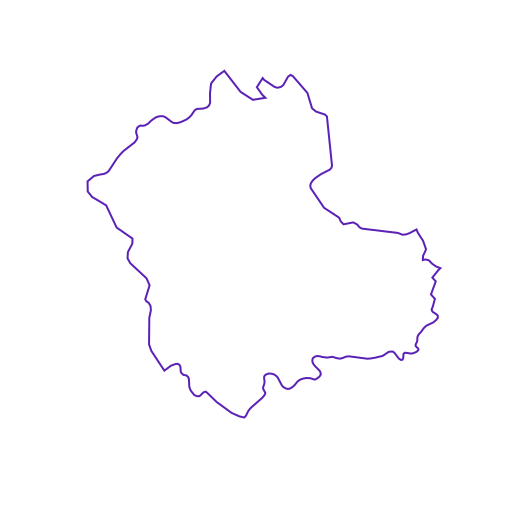 SVG path tracing the border of Marne, rotated 232°
{"feature_id": "FRA-5323", "entity_name": "Marne", "entity_type": "Metropolitan department", "adm_level": 1, "iso_a3": "FRA", "parent_name": "France", "parent_adm1": "", "projection": "mercator", "projection_center": [4.087, 48.967], "detail": "fine", "context": "isolated", "style": "outline", "palette": "violet", "viewbox_px": 512, "rotation_deg": 232, "n_neighbors": 0, "source": "natural_earth", "source_scale": "10m", "svg_char_len": 3286}
<svg xmlns="http://www.w3.org/2000/svg" viewBox="0 0 512 512"><g transform="rotate(232 256 256)"><path d="M421.4,345.0L394.8,344.9L381.0,349.7L374.9,360.8L379.5,360.2L388.5,360.6L392.1,370.8L389.8,370.8L377.6,374.8L375.4,376.5L373.9,379.6L373.9,382.8L377.6,391.7L377.4,394.8L374.8,395.8L352.9,396.9L337.9,391.1L332.9,392.2L325.0,397.4L322.3,397.8L280.2,371.4L279.0,369.5L278.6,367.3L280.5,357.6L280.9,350.7L280.6,347.4L279.5,343.9L277.8,341.9L275.7,340.9L252.1,339.3L235.0,345.1L231.2,344.1L227.1,344.5L222.6,353.3L218.4,355.2L215.0,355.2L212.4,356.3L186.7,382.1L182.6,384.5L180.7,387.4L179.5,391.0L178.1,398.8L174.4,397.8L165.1,397.0L156.8,394.2L155.8,392.8L153.2,387.6L152.2,386.9L151.0,385.6L150.0,385.0L149.5,386.4L149.1,387.1L148.0,388.2L146.8,389.2L145.9,389.6L141.6,390.0L137.0,391.4L132.9,393.8L132.6,390.9L130.4,381.7L125.3,382.0L118.0,370.2L112.1,370.6L107.3,364.2L105.8,361.5L104.3,360.9L103.0,360.9L99.1,362.3L97.1,362.5L95.4,361.3L94.7,358.8L94.5,354.9L96.2,347.4L95.9,344.0L94.5,338.9L94.2,337.0L93.7,334.9L92.6,333.1L90.9,331.8L89.3,330.2L88.3,327.9L87.6,327.0L87.1,326.5L86.1,326.4L83.7,326.8L82.5,326.6L82.2,326.3L81.8,325.4L81.7,323.4L82.5,320.1L84.0,317.7L86.7,315.3L88.2,313.6L88.0,311.9L85.0,309.3L84.1,307.7L84.7,306.3L87.2,305.4L94.4,305.5L96.4,305.0L98.0,303.0L98.8,301.2L99.3,294.3L102.4,287.5L104.7,283.2L106.5,280.5L119.8,267.4L121.4,264.7L122.3,261.4L123.3,259.1L125.7,256.8L129.5,254.2L132.0,249.7L135.5,246.1L137.5,244.7L139.3,242.9L140.4,240.8L140.5,237.9L139.2,236.2L137.4,235.1L135.3,234.7L133.1,234.7L126.2,235.5L124.2,235.0L122.6,233.9L122.1,232.4L121.9,231.3L121.9,229.7L122.0,228.0L122.4,226.2L125.5,224.1L127.1,222.7L129.2,220.0L130.9,216.5L131.5,213.7L131.5,211.3L130.5,206.9L130.3,204.7L130.4,202.8L130.7,200.9L131.6,199.3L132.9,198.2L135.8,196.9L138.0,196.7L147.1,198.3L149.4,198.0L151.6,197.3L153.8,195.7L155.6,193.6L156.5,190.7L156.3,188.9L155.4,187.6L151.9,185.5L150.2,183.9L148.9,181.9L147.7,180.3L145.9,179.6L144.1,179.4L142.3,179.0L141.3,177.6L140.8,175.6L140.4,173.4L139.6,159.5L139.3,157.1L138.6,154.5L136.3,149.7L136.0,147.3L139.8,144.2L147.3,140.2L165.2,135.1L178.4,133.3L180.1,132.8L180.8,131.2L180.8,129.2L180.4,127.0L180.4,125.0L181.8,123.2L184.4,121.8L189.5,121.7L192.2,122.2L194.4,123.2L200.5,127.5L202.6,128.0L204.8,127.6L207.0,125.6L209.5,125.2L211.1,125.4L215.0,128.1L217.2,128.7L219.1,128.0L220.3,126.4L221.2,123.7L221.9,121.5L222.1,113.2L245.7,115.1L252.2,117.3L273.0,133.9L278.0,139.8L281.5,142.1L285.2,142.6L287.9,141.7L290.1,142.1L298.4,154.1L305.8,156.0L327.6,152.5L333.2,153.3L337.9,157.4L341.9,166.2L345.8,169.4L364.2,163.7L388.2,169.1L403.4,163.2L410.4,163.1L418.5,169.2L418.8,177.6L416.3,183.1L414.2,186.9L413.6,189.6L413.6,192.1L418.6,206.8L419.8,212.4L420.3,216.4L420.3,230.4L421.3,233.8L422.6,235.8L427.0,237.5L428.7,239.0L430.3,241.7L430.3,243.8L429.9,245.2L429.6,245.7L429.2,246.0L428.4,246.8L427.4,248.6L426.7,252.2L427.2,256.9L427.1,260.2L426.8,262.9L426.0,265.0L424.9,266.9L423.6,268.5L422.5,269.4L420.7,270.2L413.5,272.1L411.4,273.1L409.4,275.5L407.9,278.9L406.4,285.1L406.3,288.7L406.8,292.0L407.7,294.6L408.6,297.7L408.2,300.1L404.7,305.1L403.3,309.0L403.5,311.5L404.5,313.5L405.4,314.5L412.5,319.9L419.4,326.6L419.9,327.8L421.7,335.6L421.4,345.0Z" fill="none" stroke="#5b21b6" stroke-width="2"/></g></svg>